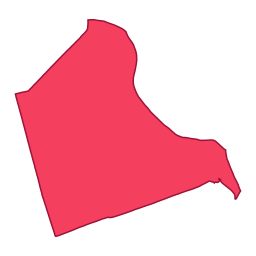 Chau Phu, An Giang, Vietnam
{"feature_id": "81297802B67223328663780", "entity_name": "Chau Phu", "entity_type": "district", "adm_level": 2, "iso_a3": "VNM", "parent_name": "Vietnam", "parent_adm1": "An Giang", "projection": "albers", "projection_center": [105.199, 10.569], "detail": "fine", "context": "isolated", "style": "filled", "palette": "rose", "viewbox_px": 256, "rotation_deg": 0, "n_neighbors": 0, "source": "geoboundaries", "source_scale": "gbopen_adm2", "svg_char_len": 5638}
<svg xmlns="http://www.w3.org/2000/svg" viewBox="0 0 256 256"><path d="M15.4,94.0L15.9,96.1L16.3,97.8L17.2,100.9L17.4,101.8L17.7,103.1L18.4,105.2L19.2,108.2L19.9,110.8L20.9,114.5L22.0,118.5L22.2,119.2L22.6,121.0L23.0,122.2L23.4,124.1L23.9,125.6L23.9,125.8L24.4,127.6L24.8,129.0L25.0,130.0L26.0,133.6L26.8,136.7L27.2,138.2L27.6,140.0L28.0,141.6L28.7,143.8L29.0,145.1L29.5,147.1L30.0,148.7L30.3,150.3L30.6,151.3L30.8,151.9L31.5,154.5L31.9,155.6L32.0,156.4L32.5,158.1L32.7,158.9L32.8,159.4L33.3,161.1L33.5,161.3L33.5,162.0L33.9,163.2L34.3,164.5L34.7,166.3L34.9,167.3L35.1,168.0L35.8,170.4L36.1,171.5L37.0,175.1L37.8,177.6L39.0,182.6L39.1,182.9L39.5,184.7L39.9,186.4L40.3,187.8L40.7,189.4L41.1,190.7L41.3,191.6L41.5,192.2L41.9,193.7L41.9,193.8L41.9,194.2L42.2,195.3L42.7,196.9L42.9,197.3L42.9,197.5L43.0,197.8L43.2,198.1L43.2,198.3L43.3,198.7L43.6,199.6L43.9,200.4L44.1,201.1L44.2,201.4L44.5,202.3L44.6,202.7L44.8,203.2L45.1,204.1L45.3,204.8L45.4,205.1L45.7,206.0L46.0,206.8L46.1,207.2L46.2,207.6L46.3,208.0L46.4,208.4L46.7,209.1L46.9,209.9L47.2,210.7L47.4,211.5L47.7,212.2L48.5,214.7L48.7,215.5L48.9,216.0L49.1,216.7L49.4,217.8L49.8,218.8L49.9,219.3L50.1,219.8L50.3,220.3L50.4,220.8L50.7,221.7L50.7,221.9L50.9,222.2L51.1,223.1L51.4,223.9L51.5,224.4L52.4,226.8L52.6,227.5L52.8,228.3L53.2,229.3L53.5,230.3L53.8,231.3L54.5,233.4L55.0,235.3L55.3,236.0L55.5,236.2L55.8,236.3L57.0,236.1L57.6,235.9L58.7,235.5L60.5,234.9L61.2,234.6L62.3,234.2L64.0,233.5L66.5,232.6L67.1,232.3L67.7,232.1L68.7,231.7L69.3,231.5L70.2,231.1L70.9,230.9L72.2,230.4L75.4,229.0L76.7,228.5L78.6,227.7L79.0,227.5L81.8,226.5L83.9,225.8L85.0,225.3L87.9,224.2L90.8,223.1L92.0,222.7L93.0,222.4L94.2,222.0L96.5,221.2L102.3,219.0L105.6,218.0L107.4,217.4L108.0,217.3L108.3,217.4L108.5,217.4L108.8,217.5L109.0,217.5L109.4,217.5L109.8,217.5L110.5,217.5L111.8,217.4L115.8,216.3L118.5,215.4L121.5,214.4L124.2,213.5L126.2,212.8L131.2,211.0L133.3,210.2L135.8,209.2L136.2,209.1L136.7,208.9L137.5,208.7L138.8,208.3L139.6,208.0L143.2,206.7L145.3,206.0L147.2,205.3L148.5,204.9L151.6,203.9L154.7,202.7L157.9,201.4L160.9,200.3L164.2,199.1L168.3,197.5L171.7,196.2L176.7,194.4L178.1,194.0L181.5,192.7L184.6,191.6L187.8,190.5L191.2,189.5L193.6,188.6L196.9,187.3L198.5,186.7L199.8,186.1L200.6,185.6L202.2,184.7L202.7,184.5L204.0,183.8L205.1,183.3L209.0,181.2L209.9,181.2L210.4,181.3L211.0,181.5L211.5,181.7L212.0,181.9L212.5,182.0L213.0,182.1L213.3,182.2L213.6,182.4L213.8,182.6L214.1,182.8L214.4,183.0L214.7,182.6L214.9,182.3L215.0,182.2L215.6,182.2L215.9,182.2L216.2,182.3L216.7,182.4L217.1,182.4L217.5,182.4L217.9,182.3L218.3,182.1L218.5,181.9L219.0,181.5L219.3,181.2L219.5,180.9L219.6,180.7L219.5,180.0L219.4,179.9L219.2,179.7L218.8,179.3L218.8,179.2L218.9,178.9L219.0,178.7L219.1,178.8L219.4,179.0L219.9,179.2L220.4,179.3L220.5,179.9L220.6,180.6L220.8,181.0L220.9,181.4L221.2,181.9L221.7,182.5L222.4,183.2L223.2,183.8L223.7,184.2L224.3,184.7L225.2,185.4L225.9,186.0L226.7,186.6L227.5,187.2L228.1,187.8L228.9,188.4L229.3,188.7L230.1,189.3L230.6,189.7L231.1,190.2L231.7,190.8L232.2,191.3L232.6,191.8L233.1,192.4L234.0,193.5L234.3,193.9L234.6,194.4L234.8,194.9L234.9,195.4L234.9,195.8L235.0,196.6L235.0,198.0L235.0,198.5L235.0,198.8L235.2,199.0L235.4,199.0L235.7,199.1L236.0,198.9L236.2,198.7L236.5,198.3L236.8,197.8L237.2,196.9L237.6,196.2L238.1,195.3L238.5,194.5L238.9,193.7L239.3,193.0L239.6,192.5L240.0,191.9L240.6,190.9L240.4,190.5L240.1,190.0L239.8,189.3L239.4,188.4L238.8,186.8L238.3,185.4L238.3,185.2L238.2,184.7L237.5,183.4L236.4,181.0L234.9,178.3L234.6,177.7L233.8,175.9L232.9,173.4L232.2,171.8L230.9,168.8L229.7,165.8L228.9,163.6L228.1,161.5L227.5,160.2L227.2,159.6L226.9,158.8L226.7,157.4L226.1,154.4L225.9,153.0L225.6,150.8L225.6,149.8L225.0,149.6L224.1,149.0L223.5,148.5L222.1,147.2L220.4,145.7L219.1,144.4L217.2,142.7L216.4,142.0L214.8,140.8L214.4,140.6L213.5,140.3L213.0,140.1L212.5,140.1L211.9,140.0L211.4,140.0L210.5,140.0L207.6,140.2L204.8,140.3L204.1,140.3L202.3,140.4L201.0,140.3L200.2,140.3L199.6,140.2L199.0,140.0L197.9,139.6L196.4,139.2L195.4,139.1L193.7,138.9L193.3,138.9L191.5,138.6L189.5,138.3L187.7,137.9L186.6,137.7L185.6,137.6L184.6,137.5L183.5,137.5L182.8,137.4L182.2,137.3L181.1,136.9L178.8,136.0L177.8,135.6L176.6,135.0L176.1,134.7L175.6,134.4L175.2,134.1L174.5,133.4L173.9,132.9L173.3,132.4L172.6,131.9L171.7,131.0L170.4,129.8L169.6,129.0L167.8,127.6L164.1,125.0L159.3,120.3L153.3,114.5L150.6,111.8L147.6,107.8L145.1,105.3L142.0,101.3L138.5,96.8L136.3,92.7L134.7,88.6L133.6,85.3L133.2,81.5L133.4,77.5L133.9,75.1L134.8,71.6L135.3,69.2L136.2,64.3L136.7,60.9L136.6,55.2L136.1,52.6L135.7,51.0L134.8,48.5L134.3,47.2L133.3,44.5L131.7,41.9L129.8,39.4L128.1,36.8L126.9,34.2L125.9,31.6L122.8,29.1L118.7,27.0L114.0,24.9L108.8,23.1L104.0,21.2L98.5,20.5L93.5,19.7L91.1,19.8L88.0,19.9L88.0,24.5L87.9,24.9L87.8,25.8L87.6,28.4L86.8,30.3L86.6,30.6L84.4,33.2L82.6,34.9L81.0,36.6L80.6,37.1L79.8,38.2L78.7,39.2L76.2,41.7L74.6,43.4L71.5,46.4L69.5,48.5L66.6,51.2L65.3,52.6L63.7,54.2L63.2,54.7L62.9,55.0L61.2,56.8L60.9,57.1L60.6,57.5L59.8,58.2L59.6,58.3L58.5,59.5L58.2,59.8L57.8,60.4L57.4,60.6L56.9,61.3L56.5,61.6L56.1,61.9L56.0,62.1L55.8,62.4L55.1,63.1L54.4,63.8L53.9,64.3L53.4,64.9L53.1,65.0L52.8,65.5L52.7,65.5L51.8,66.5L51.5,66.8L50.7,67.5L50.2,68.2L49.7,68.7L49.3,69.1L48.8,69.6L48.6,69.7L48.2,70.2L47.2,71.3L46.8,71.7L45.2,73.4L44.4,74.1L42.9,75.7L41.9,76.8L41.2,77.6L39.6,79.2L38.5,80.4L38.3,80.5L38.0,80.9L37.0,82.0L36.5,82.4L36.0,83.1L35.1,83.9L34.8,84.1L33.9,85.1L33.0,86.1L31.4,87.8L30.7,88.4L30.1,89.0L29.3,89.9L28.6,90.6L28.0,91.1L27.8,91.1L26.9,91.3L26.6,91.4L25.8,91.6L21.2,92.5L18.6,93.2L15.6,93.9L15.4,94.0Z" fill="#f43f5e" stroke="#9f1239" stroke-width="1.5"/></svg>